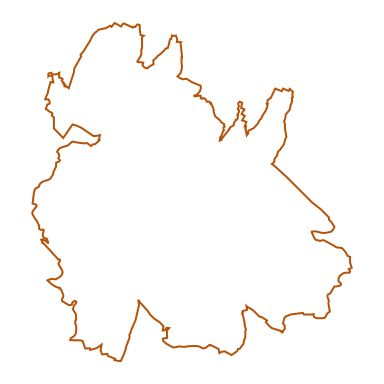 Tlapanalá, Puebla, Mexico (Mercator projection)
{"feature_id": "50627088B76053764964540", "entity_name": "Tlapanalá", "entity_type": "district", "adm_level": 2, "iso_a3": "MEX", "parent_name": "Mexico", "parent_adm1": "Puebla", "projection": "mercator", "projection_center": [-98.531, 18.695], "detail": "fine", "context": "isolated", "style": "outline", "palette": "amber", "viewbox_px": 384, "rotation_deg": 0, "n_neighbors": 0, "source": "geoboundaries", "source_scale": "gbopen_adm2", "svg_char_len": 5830}
<svg xmlns="http://www.w3.org/2000/svg" viewBox="0 0 384 384"><path d="M41.2,239.8L42.9,242.8L42.6,243.0L43.6,243.5L49.2,249.4L58.4,259.6L59.8,259.6L59.9,261.1L58.5,263.2L58.5,264.1L62.4,271.0L62.6,272.8L61.5,275.4L59.8,276.9L55.9,279.2L53.5,279.2L52.2,278.8L47.9,280.0L47.4,280.4L51.9,284.4L56.4,287.1L59.7,287.9L59.5,288.5L61.2,289.7L63.3,295.0L63.2,297.1L62.0,298.9L62.1,301.1L68.8,305.1L70.9,305.0L72.1,304.3L72.3,302.6L74.4,300.9L76.2,301.6L76.3,302.8L73.7,306.1L73.0,309.5L75.9,314.3L76.1,319.7L75.2,321.1L75.3,323.9L76.0,325.3L76.3,328.0L76.1,332.3L75.4,334.4L74.1,336.1L70.8,338.2L70.2,340.1L80.8,340.4L82.6,340.9L85.2,348.5L89.9,348.3L90.2,349.9L96.7,348.1L101.6,344.7L100.6,350.4L102.1,354.4L107.4,353.9L107.4,355.0L108.1,356.0L115.0,358.8L114.5,360.1L118.3,360.9L120.8,361.0L123.7,354.7L125.9,348.8L125.8,347.6L126.3,346.3L129.5,337.9L129.4,334.7L130.4,333.1L131.1,330.3L135.6,320.0L139.0,305.0L138.2,299.7L139.8,302.2L147.4,310.5L150.2,314.7L154.5,318.9L159.5,322.1L163.5,326.2L162.7,330.5L164.8,330.3L166.6,327.8L169.1,328.1L166.9,330.6L167.1,337.9L162.9,338.6L162.9,340.1L163.4,341.2L166.4,343.8L172.8,347.3L175.4,347.3L179.2,346.4L184.2,346.9L189.7,346.1L196.4,346.0L199.7,346.6L202.5,348.4L205.2,348.1L209.3,345.0L210.4,345.4L210.7,345.0L218.6,349.0L219.4,353.1L221.6,351.8L224.6,351.3L231.6,355.1L237.2,351.1L237.8,349.1L239.4,348.9L240.3,348.3L240.5,347.5L243.5,343.8L244.0,340.3L245.3,337.6L245.3,331.3L246.0,329.4L244.7,325.6L244.9,324.9L243.3,316.6L242.1,313.6L242.4,312.5L242.8,312.6L242.5,311.1L247.0,309.9L246.5,306.0L248.3,307.6L250.1,308.3L253.4,310.6L259.4,316.6L261.9,317.2L267.0,320.5L265.8,322.1L269.1,325.8L271.9,328.2L280.9,330.9L281.6,332.4L282.6,332.3L283.0,330.8L284.5,329.3L284.8,328.4L284.5,327.6L284.8,325.6L283.0,323.5L284.3,318.2L285.7,316.5L291.1,314.4L302.9,312.9L303.9,314.5L311.5,314.5L313.6,314.1L313.8,316.7L315.9,318.0L318.7,318.3L324.2,318.1L325.6,316.7L327.3,313.4L329.8,311.6L328.4,303.3L328.8,300.8L327.4,296.5L327.8,294.6L330.4,293.2L334.3,286.6L338.0,286.2L340.6,285.3L341.0,284.0L340.5,282.9L339.2,282.0L338.4,280.6L338.7,278.1L339.7,276.0L343.1,273.3L345.5,272.7L349.6,272.7L350.1,271.0L348.7,269.2L351.7,267.8L350.0,262.3L350.1,256.8L347.5,255.9L346.1,252.8L342.5,248.5L341.6,248.0L336.2,247.3L334.0,245.7L324.0,240.3L322.6,240.2L320.2,240.9L315.6,239.8L314.2,237.8L311.6,232.0L312.0,231.6L315.4,231.3L322.2,232.9L326.2,232.8L331.3,231.6L333.3,229.4L334.4,226.7L331.2,221.8L329.1,219.8L328.9,217.4L320.7,209.2L312.0,202.4L286.5,176.9L274.1,165.6L271.9,164.0L273.6,162.7L274.5,160.9L274.3,159.6L274.7,158.7L277.4,155.0L277.3,153.5L278.3,151.2L279.7,150.2L283.9,144.4L285.3,139.1L286.4,137.0L285.0,128.7L285.0,124.3L284.0,121.4L285.2,118.7L285.8,114.4L289.5,110.0L290.1,108.0L290.8,104.3L291.4,103.7L292.2,100.6L291.8,99.3L292.3,96.4L292.7,96.6L292.3,94.5L293.0,91.9L289.7,88.9L288.6,90.9L283.2,88.6L281.7,91.2L275.3,88.6L270.7,98.0L267.7,100.0L267.2,103.2L267.6,103.6L266.7,103.9L267.5,105.1L267.1,107.2L265.8,110.5L262.4,115.8L261.6,117.9L259.0,120.9L258.3,123.0L253.6,128.2L248.8,130.5L248.2,131.2L248.2,133.4L246.7,135.3L245.7,129.0L245.3,128.9L246.0,126.3L244.7,126.4L246.4,121.9L242.1,120.3L244.8,115.9L241.6,114.1L242.9,111.5L244.1,110.3L244.4,109.3L241.1,107.9L242.2,102.9L239.8,101.7L238.4,102.8L238.2,103.8L238.9,106.5L237.8,109.0L239.1,110.5L239.0,112.0L237.3,114.8L238.0,115.2L237.5,118.8L236.7,119.8L236.0,119.6L233.9,123.3L233.7,125.3L230.2,127.3L229.1,129.0L229.4,129.2L222.0,138.4L221.7,139.7L219.8,140.6L220.1,137.8L221.2,136.1L223.4,130.5L223.8,130.4L223.4,127.9L224.7,126.5L224.1,125.6L224.1,124.4L223.9,123.8L221.9,122.8L219.3,119.7L215.2,116.4L213.6,111.4L213.7,110.1L212.9,107.4L211.0,103.2L210.4,103.7L209.3,101.6L206.6,101.6L206.0,99.7L204.1,98.3L203.3,98.0L202.2,98.8L200.7,98.2L200.8,96.0L199.4,95.6L194.5,96.4L194.3,95.5L197.0,94.7L199.8,91.4L200.9,88.1L200.7,85.8L191.6,82.0L186.5,78.7L182.8,79.3L180.3,78.3L177.5,76.4L180.7,73.0L181.6,69.6L182.0,66.3L181.5,62.4L181.6,57.1L182.1,57.2L180.5,42.5L180.8,42.2L178.1,41.9L177.5,41.4L176.9,41.7L177.2,39.4L176.0,35.7L172.3,35.9L172.0,35.6L171.2,39.0L169.9,39.4L169.1,43.7L167.7,48.1L165.6,48.6L164.0,50.7L159.0,55.2L157.6,56.0L156.1,57.9L153.3,60.3L153.5,64.2L148.7,67.0L147.5,68.3L145.6,68.0L144.5,67.4L142.5,65.3L143.3,62.6L137.8,62.0L137.3,61.4L140.3,56.6L141.3,54.3L141.4,49.3L142.0,48.2L142.1,46.6L142.0,37.0L143.7,35.8L140.5,34.9L139.7,28.5L139.7,25.0L137.4,24.4L135.2,26.9L133.3,26.7L132.9,27.6L124.2,23.6L123.1,23.7L121.1,26.5L114.5,23.0L111.5,26.9L110.2,25.7L106.2,28.0L98.3,29.8L97.1,31.2L95.1,32.6L92.7,35.4L90.1,40.8L83.2,51.7L80.5,54.8L81.2,56.3L74.3,68.5L73.9,72.3L68.8,88.2L66.3,86.3L66.0,86.7L64.4,86.3L65.1,84.8L63.5,84.0L64.0,83.0L62.6,82.3L62.8,81.7L61.7,80.5L62.6,79.1L61.3,78.1L59.1,77.5L59.3,72.8L56.2,74.5L53.0,74.3L52.3,74.7L52.4,74.1L51.0,72.7L48.9,73.3L48.3,73.9L48.4,76.0L48.6,75.7L52.2,75.8L53.2,82.5L50.6,82.0L48.4,89.7L47.9,92.8L45.7,97.6L45.3,99.3L48.2,99.3L49.2,100.5L49.8,102.6L49.2,103.9L47.8,104.3L47.2,104.9L45.8,109.1L47.5,109.8L48.8,111.3L50.6,112.1L52.4,113.4L51.9,115.8L53.9,117.4L53.9,128.4L63.2,138.0L72.5,124.5L77.1,125.8L80.8,127.5L93.5,136.0L95.7,136.0L100.0,135.1L99.3,137.5L99.3,139.4L98.8,139.8L99.4,140.3L95.2,144.1L93.0,144.3L91.0,146.1L87.3,143.1L84.1,143.4L76.2,142.4L73.7,141.6L71.8,142.0L67.4,145.7L63.3,146.8L59.6,148.3L58.2,149.7L57.1,151.8L59.0,154.2L59.1,156.6L58.3,158.1L59.9,160.4L59.0,161.6L56.2,162.7L56.0,166.8L53.5,171.8L53.1,174.4L50.6,178.3L48.6,179.7L42.0,181.9L39.5,184.4L38.9,186.7L35.4,188.6L34.4,190.6L33.8,193.6L32.6,203.6L36.3,204.7L36.6,206.3L32.6,211.4L32.3,214.0L34.7,218.1L36.5,220.4L38.7,224.9L39.2,226.1L39.0,228.3L39.4,229.2L41.4,229.9L43.4,229.7L43.7,230.5L42.7,235.1L43.6,237.7L46.9,238.8L48.2,242.7L48.0,243.0L45.7,241.0L43.9,240.0L43.0,240.1L42.4,239.5L41.2,239.8Z" fill="none" stroke="#b45309" stroke-width="2"/></svg>